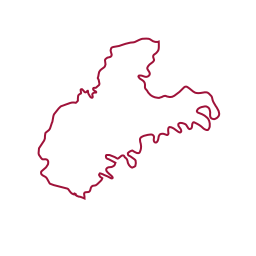 the district of Kinh Mon, Hải Dương, Vietnam, rotated 303°
{"feature_id": "81297802B98282177960136", "entity_name": "Kinh Mon", "entity_type": "district", "adm_level": 2, "iso_a3": "VNM", "parent_name": "Vietnam", "parent_adm1": "Hải Dương", "projection": "robinson", "projection_center": [106.519, 21.0], "detail": "fine", "context": "isolated", "style": "outline", "palette": "rose", "viewbox_px": 256, "rotation_deg": 303, "n_neighbors": 0, "source": "geoboundaries", "source_scale": "gbopen_adm2", "svg_char_len": 5871}
<svg xmlns="http://www.w3.org/2000/svg" viewBox="0 0 256 256"><g transform="rotate(303 128 128)"><path d="M199.9,181.1L200.2,180.4L201.0,176.8L201.0,175.6L200.9,175.1L200.6,174.3L199.8,173.0L196.8,169.7L195.4,167.8L194.6,166.2L194.2,165.1L194.1,162.8L194.6,158.2L194.7,155.6L194.6,154.7L194.3,154.1L193.7,153.4L192.7,152.9L186.3,151.5L180.3,149.3L178.3,148.1L177.1,146.7L176.6,145.9L175.7,143.6L175.5,142.5L175.2,141.6L174.0,140.4L172.3,139.4L170.9,138.2L170.3,137.8L169.7,136.9L168.7,134.6L168.3,133.5L167.9,131.2L167.9,128.9L168.7,125.7L169.8,123.5L170.4,121.3L170.6,120.9L171.4,120.0L173.4,118.8L174.0,118.3L174.9,117.4L175.5,116.3L175.8,115.2L175.9,113.9L175.9,110.8L176.5,109.2L177.0,108.6L177.8,108.6L178.1,108.8L178.9,110.0L179.4,111.1L180.2,114.2L180.7,115.3L181.1,115.8L181.7,116.3L182.3,116.7L183.2,117.0L184.3,117.1L185.3,116.8L186.0,116.1L186.3,115.8L187.9,112.4L188.7,111.5L189.7,111.3L190.8,111.2L193.0,111.5L196.6,112.8L197.6,113.0L198.8,113.0L199.4,112.7L201.2,110.5L202.1,109.9L202.9,109.8L203.5,109.8L205.8,110.7L206.6,110.9L208.3,111.1L209.5,111.1L210.9,110.7L212.6,109.8L215.1,108.2L217.2,106.7L216.4,106.1L215.2,104.2L214.9,103.5L214.4,101.6L214.4,98.2L214.1,96.8L212.9,94.6L210.6,91.4L209.4,90.4L207.8,89.3L203.7,86.8L202.7,85.8L200.9,83.5L197.4,80.2L194.7,78.0L191.9,75.8L187.9,71.5L186.8,70.7L186.2,70.5L185.6,70.5L183.7,71.1L182.7,72.0L180.8,74.2L180.4,74.5L179.5,74.8L178.2,74.6L177.0,73.6L175.8,72.4L174.5,71.9L173.5,71.6L172.4,71.7L169.1,74.5L167.3,75.0L166.3,75.0L165.6,74.8L162.7,73.7L161.2,73.3L159.3,73.3L157.6,73.9L155.0,75.0L153.5,75.4L153.1,75.8L152.9,76.4L152.4,77.2L149.6,79.9L148.9,80.2L148.3,80.3L144.4,79.2L144.1,79.0L143.5,78.1L142.8,77.3L142.1,77.3L141.6,77.6L141.2,78.1L141.1,78.5L141.0,80.1L141.1,81.1L141.0,81.5L140.8,81.8L140.4,81.9L140.1,81.6L139.5,80.6L138.5,79.9L137.4,79.6L136.8,79.7L136.5,79.9L135.1,81.3L134.8,81.5L134.2,81.6L133.8,81.4L133.6,81.0L133.5,80.6L133.5,80.0L133.7,79.1L135.2,76.1L135.9,75.3L137.2,74.3L137.3,74.0L137.1,73.8L136.8,73.7L135.3,73.4L134.8,73.0L134.6,72.7L134.5,71.9L134.9,70.9L135.4,68.9L135.5,68.3L135.0,67.6L134.6,67.5L134.2,67.5L133.3,68.2L131.8,69.6L131.5,69.6L131.0,69.6L130.7,69.3L130.1,69.0L128.9,68.6L128.3,68.6L127.8,68.7L125.6,69.8L123.6,71.1L122.1,70.9L120.7,70.5L119.9,68.7L118.7,67.0L117.3,65.7L109.9,60.1L109.3,59.8L106.6,59.2L99.4,58.5L98.6,58.6L97.2,59.0L92.0,61.2L90.7,61.4L85.8,62.7L84.6,62.9L83.1,62.8L79.5,61.6L78.7,61.5L76.3,62.6L73.9,64.0L71.8,64.5L62.5,64.4L58.4,66.6L57.7,67.1L56.9,68.1L56.3,69.6L55.6,71.2L55.2,72.6L55.2,73.3L55.8,74.4L56.6,75.4L57.0,76.1L57.3,77.1L57.2,78.0L57.0,78.5L56.6,79.1L56.2,79.5L55.4,80.0L54.2,80.6L53.5,80.7L50.8,80.7L50.0,80.6L45.2,79.2L44.3,79.0L43.8,79.1L43.2,79.4L42.6,79.9L42.0,80.7L41.8,82.3L42.0,85.2L41.9,86.4L41.5,87.5L38.9,92.4L38.8,93.0L39.7,96.9L44.1,110.0L44.2,110.9L44.0,111.6L43.4,113.1L42.7,115.2L42.5,116.5L42.7,118.4L42.9,118.8L43.9,118.7L44.0,118.8L44.0,120.1L43.6,120.1L43.3,120.5L43.2,120.8L43.4,121.5L43.2,121.9L43.3,122.5L43.7,124.3L44.2,125.1L44.8,127.5L45.2,129.9L46.7,128.9L48.9,127.0L49.4,126.9L50.2,126.8L51.0,127.4L52.7,129.6L53.2,130.0L53.7,130.2L54.4,130.3L55.2,130.2L57.4,129.5L58.1,129.4L59.2,129.4L60.3,129.9L61.9,131.7L62.5,132.2L63.2,132.5L64.4,132.9L68.7,133.9L70.3,134.1L71.9,133.8L71.9,131.3L72.4,130.2L72.8,129.4L73.3,129.1L74.6,129.1L75.0,130.0L75.5,132.2L75.6,133.5L76.3,137.3L76.6,141.0L76.8,141.7L77.1,142.1L77.8,142.3L78.2,142.0L78.5,141.5L78.9,140.2L79.2,137.7L79.7,135.0L80.2,133.5L80.9,132.6L81.4,132.3L81.8,132.1L82.9,132.2L83.6,132.5L84.4,133.0L86.2,135.3L87.1,136.0L88.3,136.6L89.1,136.9L89.9,136.9L92.0,136.4L91.3,128.9L90.9,127.3L91.0,126.3L91.5,125.5L92.2,124.9L92.9,124.6L93.1,124.5L93.7,124.8L94.2,125.5L95.3,127.3L96.4,132.7L96.5,135.2L96.6,135.8L96.8,136.1L97.4,136.5L101.0,137.6L101.7,138.0L102.3,138.8L102.5,139.5L102.4,140.0L101.7,141.3L101.6,142.7L101.1,144.2L100.3,145.3L98.6,147.0L97.5,148.9L97.0,150.6L96.9,151.3L96.9,152.5L97.1,153.1L99.0,154.4L99.7,154.7L100.2,154.8L102.8,153.7L104.8,152.1L105.1,151.5L105.3,150.2L105.5,145.6L105.3,143.3L105.4,142.9L106.1,142.1L106.8,141.6L107.5,141.7L109.0,142.2L110.4,143.0L111.4,143.8L111.5,144.4L111.5,146.4L111.8,148.8L112.0,149.4L112.6,150.4L113.1,150.8L113.4,151.0L114.4,151.0L116.6,150.5L118.1,149.9L119.7,149.0L121.7,147.3L123.0,145.8L124.9,144.3L125.6,144.0L127.0,143.9L128.7,144.7L130.2,145.7L132.9,148.2L134.7,150.3L135.4,151.4L135.6,152.2L135.6,152.9L135.3,153.9L134.7,154.7L132.3,155.9L131.5,156.5L131.0,157.1L130.7,157.7L130.6,158.3L130.8,159.0L131.3,159.6L132.2,159.9L133.3,159.9L135.0,159.5L137.8,158.3L139.7,158.2L140.3,158.4L141.1,159.0L142.2,160.4L142.6,161.4L143.3,164.4L143.5,164.7L144.3,165.1L145.3,165.0L147.8,163.0L149.2,162.2L150.4,161.9L151.1,162.1L151.5,162.4L152.2,164.1L152.5,166.5L152.2,172.0L152.3,173.2L152.5,173.9L152.8,174.3L153.2,174.5L154.0,174.5L154.5,174.3L155.3,173.5L155.9,172.5L157.1,169.4L157.9,168.5L158.7,168.1L159.1,168.1L160.1,168.5L160.7,169.0L161.6,170.6L162.2,172.6L162.4,173.8L162.4,174.6L162.2,175.3L160.6,178.8L160.5,179.6L160.6,180.2L161.5,181.0L162.3,181.3L163.6,181.1L166.2,179.8L166.9,179.6L167.8,179.6L168.3,179.7L168.6,180.0L168.8,180.4L169.2,184.0L169.3,186.3L169.2,188.6L168.7,191.7L168.7,192.9L169.0,194.7L169.6,195.8L170.2,196.2L171.8,196.2L173.0,196.0L173.6,195.8L176.2,194.2L178.1,192.3L179.2,190.5L179.5,189.7L179.8,188.4L180.1,185.4L179.9,182.6L179.0,178.2L179.0,177.7L179.2,177.2L179.5,176.7L180.0,176.4L181.6,176.3L182.6,176.5L184.1,177.2L185.5,178.2L186.8,179.5L188.0,180.7L188.7,181.9L188.9,183.3L188.8,184.5L188.6,185.3L188.1,186.1L187.1,187.3L185.9,188.4L184.0,189.5L182.5,190.6L181.8,191.7L181.6,192.3L181.5,192.9L181.7,193.8L182.0,194.8L182.5,195.6L183.4,196.3L185.2,197.2L187.1,197.5L188.5,197.3L189.5,196.8L190.0,196.4L191.7,194.6L193.6,191.1L194.1,189.8L196.1,185.8L197.2,184.1L199.3,181.9L199.9,181.1Z" fill="none" stroke="#9f1239" stroke-width="2"/></g></svg>